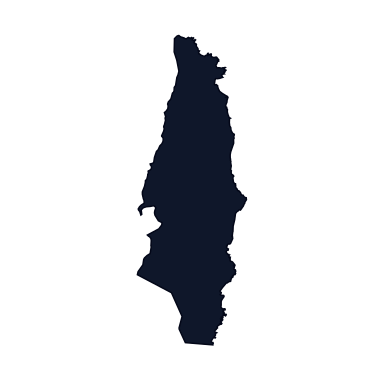 outline of Fomboni, Moûhîlî, Comoros, rotated 63°
{"feature_id": "10938185B23268545061954", "entity_name": "Fomboni", "entity_type": "district", "adm_level": 2, "iso_a3": "COM", "parent_name": "Comoros", "parent_adm1": "Moûhîlî", "projection": "robinson", "projection_center": [43.719, -12.295], "detail": "fine", "context": "isolated", "style": "filled", "palette": "ink", "viewbox_px": 384, "rotation_deg": 63, "n_neighbors": 0, "source": "geoboundaries", "source_scale": "gbopen_adm2", "svg_char_len": 6027}
<svg xmlns="http://www.w3.org/2000/svg" viewBox="0 0 384 384"><g transform="rotate(63 192 192)"><path d="M337.7,242.8L336.6,242.2L336.6,241.9L336.2,241.7L335.7,241.7L335.6,242.3L335.0,242.4L334.8,243.0L333.8,242.8L332.3,240.6L331.5,238.9L331.7,238.3L332.3,238.0L332.6,237.6L332.4,237.2L331.3,237.7L330.9,237.5L330.3,236.2L328.6,235.2L328.6,233.9L328.3,234.1L328.3,234.7L327.9,235.2L327.4,235.3L325.6,234.1L325.5,233.0L324.8,231.8L324.7,231.0L323.4,230.7L323.0,229.7L322.8,228.4L322.8,227.3L322.3,227.1L323.0,226.2L323.2,225.2L322.7,225.9L322.6,225.3L321.9,225.7L321.7,225.3L320.9,225.5L320.9,225.0L320.3,225.2L319.9,224.8L320.1,224.1L319.5,224.2L319.8,223.5L319.1,223.7L319.4,223.3L319.4,222.8L318.9,222.9L318.9,222.5L318.6,222.6L318.4,223.2L317.8,222.9L317.8,222.6L317.4,223.1L316.8,222.7L317.2,221.3L316.6,221.2L316.3,220.8L316.9,218.2L317.5,218.2L317.3,217.7L316.9,217.6L316.8,217.2L316.6,217.2L316.6,217.7L316.4,217.7L316.4,218.3L315.7,218.6L315.5,219.3L314.9,219.6L314.5,219.1L314.5,218.3L314.0,218.5L314.0,218.2L313.5,218.2L313.2,218.5L312.8,218.2L312.5,218.5L312.1,218.4L311.6,217.3L311.7,216.6L312.0,216.4L312.0,215.9L311.5,215.8L311.5,216.3L311.2,216.5L311.1,216.0L310.9,215.9L310.5,216.6L310.5,217.3L310.1,217.8L307.9,218.6L305.9,217.3L302.9,215.8L301.7,214.5L299.8,211.1L299.3,210.7L298.5,210.8L298.0,211.5L297.8,212.2L296.6,213.4L296.1,213.4L295.7,212.3L294.8,211.6L293.6,212.2L293.0,212.1L291.0,208.3L288.7,202.9L289.0,201.7L288.6,200.0L289.1,198.3L288.8,197.7L287.8,197.6L287.3,196.4L286.3,195.7L286.4,194.5L285.6,194.5L285.6,193.6L285.0,193.6L285.0,192.7L284.5,192.1L284.8,191.9L285.1,191.1L284.3,190.1L283.5,190.2L282.3,188.9L281.3,189.1L281.0,188.8L279.8,189.8L279.6,189.8L278.5,188.6L278.0,188.6L277.6,187.9L276.6,188.3L276.5,187.7L276.9,187.2L276.7,186.9L272.9,187.6L272.0,188.1L271.2,189.1L270.0,189.0L269.4,188.6L268.5,188.6L268.3,188.4L268.3,187.9L268.0,187.7L267.6,187.9L267.5,188.5L267.2,188.5L267.1,188.0L266.7,188.5L265.5,187.8L265.1,187.9L265.0,187.3L264.6,187.7L264.3,187.6L263.6,188.6L262.4,188.6L261.6,189.0L260.3,188.4L260.0,187.1L260.2,186.1L259.6,185.8L259.3,185.5L257.6,186.4L256.6,186.2L256.0,185.2L255.6,185.3L254.9,183.7L254.8,183.1L255.5,182.0L255.3,181.0L252.0,176.9L249.6,176.0L249.5,176.5L248.0,175.1L246.7,174.3L245.7,173.4L241.2,170.9L236.0,166.5L230.9,163.0L229.9,160.9L229.8,159.5L229.4,158.3L229.4,157.7L230.0,157.1L229.7,156.9L229.8,156.4L229.5,156.3L229.3,155.2L228.9,155.0L228.1,153.1L227.4,152.1L226.7,151.6L226.1,150.3L224.9,149.3L223.6,147.0L221.7,146.3L221.3,146.9L220.2,147.7L217.9,148.0L217.5,148.9L217.0,149.3L214.4,149.1L212.4,149.6L211.4,150.6L209.5,150.5L208.3,150.9L207.0,150.9L206.5,150.2L205.3,150.2L204.8,149.5L204.4,149.5L204.2,150.0L203.5,150.3L202.1,150.6L197.7,149.1L196.9,147.7L196.4,147.8L196.3,147.6L195.9,147.6L195.3,148.2L194.8,148.2L194.4,148.7L193.9,148.7L191.7,148.0L191.1,147.3L189.6,147.5L186.6,145.2L183.4,144.2L182.2,143.4L180.9,143.3L180.4,142.8L178.8,142.4L176.2,141.1L173.8,139.3L167.4,132.7L164.0,131.1L163.1,130.0L161.8,129.8L160.2,128.3L159.6,128.2L158.6,128.9L157.5,129.2L154.7,129.2L152.1,128.2L150.3,128.4L147.3,127.3L144.2,125.6L143.7,125.1L143.7,124.3L143.4,124.5L143.4,124.9L142.3,125.1L139.3,124.8L136.7,124.2L134.6,123.0L134.2,122.9L133.7,123.4L133.0,123.1L132.8,123.3L132.5,122.9L132.3,123.3L132.2,123.3L132.0,122.8L131.0,123.2L129.6,122.2L127.8,120.1L126.3,119.2L123.9,116.9L123.6,117.0L123.1,118.1L123.0,117.4L122.7,117.2L121.6,118.0L118.0,120.2L114.9,121.7L112.0,121.7L109.7,121.3L109.0,120.9L107.3,121.6L107.0,123.0L106.3,123.2L102.7,120.7L101.7,119.5L102.7,117.7L103.3,115.7L103.8,112.5L102.9,112.9L102.5,112.5L101.3,112.6L101.0,112.2L100.9,111.5L101.4,109.7L100.8,110.0L100.3,109.5L100.2,108.7L99.6,108.9L99.5,107.8L98.9,106.4L98.6,106.5L97.7,107.8L96.4,107.3L96.3,105.8L96.0,106.0L95.9,107.2L95.3,108.0L95.2,109.3L93.6,111.4L92.7,113.4L89.9,113.3L89.3,112.1L87.5,110.0L87.5,109.0L86.5,109.4L86.5,108.2L86.2,108.2L85.7,108.3L85.7,108.8L85.2,108.9L84.7,108.6L84.3,108.7L84.0,109.0L83.6,108.7L83.0,108.9L82.6,109.6L82.4,110.6L81.6,112.2L80.4,113.0L79.5,113.3L78.8,112.7L78.4,113.2L78.2,113.1L78.2,112.4L77.8,112.2L77.6,112.5L77.6,113.5L77.4,113.5L77.6,116.0L77.2,116.1L76.2,115.3L76.2,114.9L75.8,114.6L75.7,114.8L75.7,115.2L76.8,116.5L76.5,118.3L77.1,119.2L74.2,121.8L72.0,122.8L71.9,123.1L71.2,123.0L70.5,122.5L69.7,121.3L68.9,122.3L66.9,121.6L64.2,122.0L62.8,121.4L62.6,121.1L62.0,121.1L61.7,121.7L61.0,121.7L60.8,122.3L59.9,122.4L58.4,121.0L58.5,120.5L58.0,120.3L58.0,119.9L57.6,120.1L57.9,121.4L56.6,122.7L55.5,120.7L55.1,120.9L55.1,121.9L54.9,122.3L54.2,122.3L54.2,122.9L54.5,123.7L53.7,124.0L53.1,125.0L52.6,125.1L52.9,127.6L51.7,129.0L50.9,129.2L50.9,129.6L49.9,130.3L49.3,131.2L48.3,131.7L47.7,132.4L46.8,132.5L46.4,133.1L46.3,134.7L47.4,138.0L59.1,144.3L67.7,145.7L78.4,148.8L81.3,151.3L83.1,153.5L89.7,158.3L90.7,160.3L93.8,162.1L94.6,163.1L95.1,164.6L99.3,168.3L100.1,169.8L101.0,172.2L102.6,173.8L104.5,174.2L106.8,175.7L108.2,178.3L108.7,180.5L113.0,181.3L113.9,182.4L116.1,183.1L119.5,186.0L120.4,187.1L121.2,187.7L122.4,187.8L123.6,188.5L125.0,189.7L128.1,193.5L128.7,193.7L129.9,193.3L130.9,193.3L132.1,193.8L133.7,194.8L135.4,197.0L136.3,199.7L139.0,203.0L139.7,205.2L144.1,209.7L148.2,212.6L148.6,214.0L148.0,216.5L149.0,216.8L150.1,216.5L151.6,216.8L152.7,217.7L153.3,218.7L153.5,220.6L153.4,221.4L154.1,221.9L155.2,222.0L156.2,223.4L157.4,224.1L160.0,226.4L160.8,228.4L162.2,229.1L165.3,231.6L169.4,236.2L171.6,237.3L176.0,238.4L178.0,238.6L180.3,239.7L180.6,243.1L181.3,245.4L182.7,247.6L183.7,247.8L185.8,247.4L189.3,248.0L189.1,246.9L184.9,245.4L183.9,242.5L184.4,239.4L185.9,235.7L186.8,232.4L188.3,231.6L189.7,231.5L192.1,233.9L193.6,234.9L195.9,235.5L202.4,235.0L205.7,232.6L207.7,234.0L209.8,238.3L210.1,251.3L211.6,250.8L212.6,250.1L214.8,249.7L216.9,250.4L221.3,253.0L222.4,253.2L227.9,257.3L228.2,260.8L229.2,264.3L230.1,265.6L234.6,268.8L238.5,276.2L240.9,278.2L272.4,256.0L298.4,257.3L307.2,265.2L308.4,265.7L323.2,266.3L337.7,242.8Z" fill="#0f172a" stroke="#020617" stroke-width="1.5"/></g></svg>